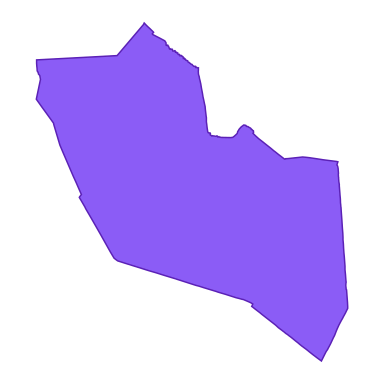 Tri Ton, An Giang, Vietnam
{"feature_id": "81297802B61282348708206", "entity_name": "Tri Ton", "entity_type": "district", "adm_level": 2, "iso_a3": "VNM", "parent_name": "Vietnam", "parent_adm1": "An Giang", "projection": "equal_earth", "projection_center": [104.991, 10.41], "detail": "fine", "context": "isolated", "style": "filled", "palette": "violet", "viewbox_px": 384, "rotation_deg": 0, "n_neighbors": 0, "source": "geoboundaries", "source_scale": "gbopen_adm2", "svg_char_len": 5565}
<svg xmlns="http://www.w3.org/2000/svg" viewBox="0 0 384 384"><path d="M337.9,161.8L336.8,161.5L323.4,159.8L316.3,158.7L309.5,157.7L306.0,157.3L302.6,157.0L299.9,157.3L287.7,158.6L285.6,158.7L285.6,158.9L284.5,159.1L283.5,158.3L280.8,156.2L278.8,154.7L274.8,151.5L273.7,150.7L272.9,150.0L271.0,148.4L269.1,146.9L267.2,145.4L258.6,138.6L255.4,135.7L253.0,133.3L253.6,132.3L253.4,131.7L253.5,131.2L253.4,130.8L252.8,130.5L252.1,129.7L251.9,129.5L251.7,129.4L251.3,129.4L251.2,129.2L251.1,128.7L250.5,128.1L250.1,127.9L249.5,127.5L248.8,127.3L248.6,127.1L248.4,127.0L248.3,126.8L248.1,126.7L247.8,126.5L247.6,126.5L247.4,126.5L247.0,126.5L246.5,126.3L246.4,126.3L246.2,126.1L246.1,125.8L246.0,125.5L245.8,125.4L245.6,125.3L245.2,125.3L244.1,125.0L243.7,125.0L243.2,125.4L242.3,126.1L241.7,126.5L241.0,127.1L239.3,129.0L239.0,129.4L238.6,130.2L238.2,130.8L237.8,131.4L237.6,131.8L237.5,132.6L237.3,133.2L236.8,133.9L235.5,135.1L234.3,136.2L233.4,136.9L232.7,137.3L232.1,137.5L231.1,137.5L230.7,137.6L220.9,137.4L220.5,137.2L220.0,137.1L219.3,137.1L219.1,137.0L219.0,136.7L218.9,136.6L218.2,136.9L217.8,136.9L217.5,136.8L217.3,136.5L217.2,136.1L217.1,135.9L216.9,135.9L216.1,136.2L215.6,136.3L215.0,136.2L214.5,136.0L213.8,136.0L213.3,135.9L213.0,135.8L212.8,135.7L212.5,135.7L212.3,135.8L212.1,136.0L211.8,136.0L211.5,135.8L211.2,135.4L210.4,135.1L210.2,134.8L210.2,134.2L210.4,133.9L210.4,133.4L210.3,133.1L210.1,133.0L209.1,132.9L208.7,132.8L208.3,132.7L208.1,132.4L207.8,131.9L207.7,131.6L207.1,127.5L206.7,124.0L206.4,121.9L206.4,119.8L206.4,117.6L206.2,116.6L205.4,109.8L205.1,106.4L204.5,103.8L203.7,99.9L203.0,96.8L202.4,93.0L201.5,88.4L200.8,84.1L200.1,80.9L199.5,78.5L199.4,78.0L199.3,77.1L199.1,76.3L198.6,74.8L198.5,74.3L198.4,73.6L198.4,72.9L198.3,71.6L198.4,69.9L198.4,67.9L198.1,68.0L198.0,67.9L197.7,67.9L197.3,67.7L197.2,67.6L196.9,67.5L196.5,67.5L196.3,67.6L195.8,67.6L195.7,67.5L195.6,67.4L195.7,66.9L195.8,66.5L195.7,66.4L195.4,66.3L194.6,66.3L194.0,66.4L193.8,66.3L193.1,65.7L192.6,65.2L192.3,64.9L192.2,64.6L192.0,64.4L191.4,64.4L191.1,64.3L190.9,64.1L190.8,63.9L190.7,63.7L190.4,63.4L189.9,63.3L189.7,63.1L189.4,62.9L189.2,62.6L189.1,62.4L188.7,62.4L188.3,62.2L188.1,62.0L188.0,61.8L187.9,61.4L187.8,61.0L187.6,60.7L187.4,60.6L186.7,60.6L186.2,60.2L185.9,60.2L185.7,60.0L185.6,59.4L185.4,59.1L185.2,59.0L184.8,59.2L184.7,59.2L184.6,58.9L184.6,58.6L184.5,58.4L184.4,58.2L183.6,58.5L183.4,58.5L183.4,58.4L183.3,57.6L183.2,57.2L183.1,56.9L182.9,56.7L182.7,56.7L182.4,56.5L182.3,56.3L182.2,56.3L181.8,56.2L181.7,56.1L181.6,55.7L181.4,55.5L181.2,55.5L180.8,55.6L180.3,55.8L180.1,55.8L179.9,55.8L179.7,54.7L179.3,54.4L179.1,54.5L178.8,54.6L178.4,54.6L178.1,54.3L177.9,53.6L177.8,53.2L177.7,52.9L176.9,52.9L176.6,52.2L176.3,52.1L175.9,52.2L175.5,52.3L175.4,52.1L175.3,51.6L175.2,51.2L175.1,50.8L175.0,50.7L174.6,50.7L174.4,50.9L173.8,51.0L172.8,51.0L172.6,50.7L172.6,50.3L172.5,49.7L172.4,49.3L172.3,49.2L172.2,49.2L171.9,49.3L171.1,49.3L170.7,49.3L170.6,48.9L170.3,49.1L169.9,49.1L169.6,49.0L169.6,48.9L169.4,48.5L168.5,46.2L168.4,46.2L168.2,46.2L167.9,45.5L167.8,45.3L167.7,45.1L167.0,45.3L166.6,45.4L166.3,45.4L166.2,45.3L166.1,45.1L166.1,44.0L166.0,42.8L165.9,42.5L165.7,42.2L165.5,41.9L165.3,41.7L165.0,41.3L164.9,40.9L160.1,38.3L155.6,36.0L152.7,34.5L152.3,33.9L152.9,33.1L153.3,32.7L153.6,32.3L152.4,31.0L152.0,30.7L150.0,28.7L147.7,26.6L145.7,24.6L144.6,23.4L144.2,23.0L143.5,24.5L117.1,55.6L102.5,56.4L36.6,59.9L36.6,60.5L36.6,63.3L36.7,64.7L36.8,66.2L37.0,67.9L37.2,70.9L37.4,71.2L37.5,71.5L37.6,71.8L38.1,72.2L38.5,74.1L39.2,74.8L39.5,75.2L39.8,75.7L40.5,79.5L40.4,79.8L36.3,99.2L42.0,107.2L48.6,116.3L53.5,123.1L53.8,124.6L59.9,145.1L63.2,152.9L73.2,176.1L76.3,182.9L79.7,190.7L81.4,194.5L79.6,196.8L79.3,197.4L84.8,206.8L85.7,208.7L90.6,217.1L95.2,225.1L99.9,233.3L110.5,252.2L114.1,258.2L116.7,260.2L117.7,260.9L125.9,263.5L148.9,270.7L156.1,272.8L164.3,275.4L172.9,278.0L181.4,280.7L190.1,283.5L196.0,285.4L198.8,286.1L203.8,287.7L216.3,291.5L217.3,291.9L220.6,292.9L225.4,294.3L233.2,296.8L236.0,297.7L238.8,298.4L242.1,299.3L243.3,299.5L249.6,302.2L251.4,303.1L252.8,304.0L252.7,304.3L252.0,305.8L251.7,306.4L253.2,307.5L254.4,308.5L260.0,312.8L261.9,314.4L275.6,325.1L278.4,327.7L281.9,330.3L286.3,333.8L287.5,334.5L288.4,335.3L291.1,337.3L295.6,341.0L298.4,343.2L299.4,344.1L302.0,346.2L305.8,349.0L307.6,350.4L309.4,351.9L313.2,354.9L316.9,357.7L321.4,361.0L325.3,353.2L326.3,351.3L327.6,349.5L328.1,348.4L329.2,346.4L330.6,343.7L333.4,337.7L334.4,335.8L334.6,335.3L334.8,334.9L336.1,331.5L337.0,329.3L337.9,327.3L338.8,325.3L340.1,322.8L341.5,320.2L342.5,318.5L343.4,316.7L344.3,315.1L345.6,312.7L346.3,311.2L347.7,308.4L347.7,307.2L347.7,306.4L347.6,304.6L347.5,302.4L347.0,295.8L346.6,290.3L346.6,289.9L346.5,289.7L346.2,289.4L346.1,289.2L346.1,288.2L346.0,287.5L345.8,285.7L345.9,283.5L346.1,282.4L346.1,282.0L345.9,280.2L345.5,274.7L345.0,269.7L345.0,266.2L344.3,256.7L343.9,252.6L343.6,248.3L343.4,244.0L343.0,239.8L343.0,237.5L342.8,233.0L342.7,231.9L342.4,228.2L342.1,223.6L341.9,220.4L341.2,210.7L341.0,207.4L340.8,206.3L340.8,205.9L340.7,204.5L340.5,202.9L340.4,199.7L340.3,198.1L340.0,195.0L339.9,193.4L339.5,188.4L339.5,187.8L339.4,187.3L339.4,186.9L339.3,186.1L339.3,185.4L339.3,184.6L339.3,184.2L339.2,183.9L339.0,182.6L338.8,181.3L338.8,180.9L338.6,178.6L338.6,177.5L338.4,176.3L338.4,175.9L338.4,175.4L338.3,174.0L338.5,173.3L338.4,172.5L338.3,171.0L338.2,170.0L338.2,169.4L338.1,168.4L337.9,167.3L337.7,166.4L337.6,166.1L337.2,165.3L336.9,164.9L337.9,161.8Z" fill="#8b5cf6" stroke="#5b21b6" stroke-width="1.5"/></svg>